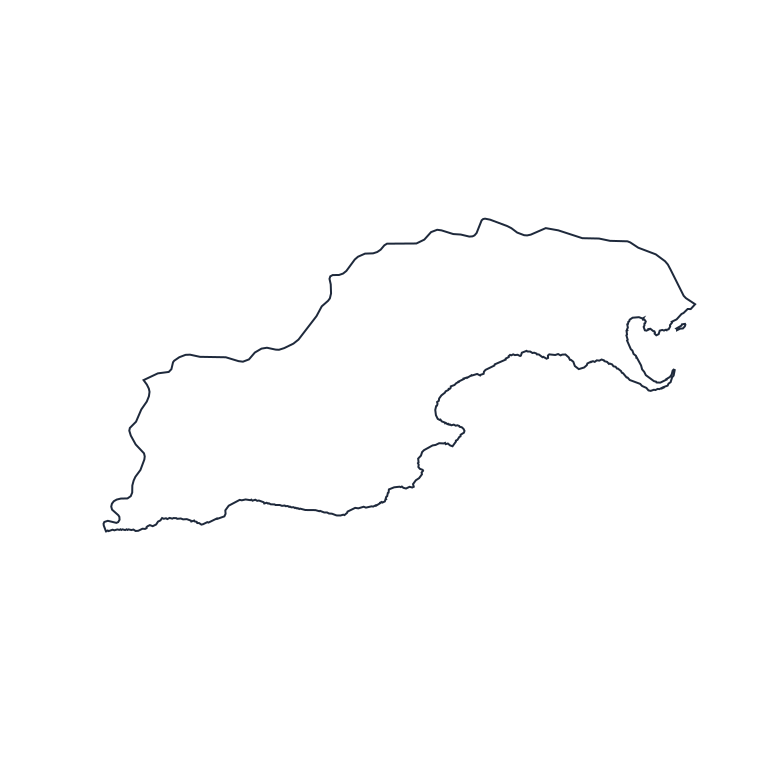 Miches, El Seybo, Dominican Republic (Mercator projection), rotated 154°
{"feature_id": "3306468B50398630049357", "entity_name": "Miches", "entity_type": "district", "adm_level": 2, "iso_a3": "DOM", "parent_name": "Dominican Republic", "parent_adm1": "El Seybo", "projection": "mercator", "projection_center": [-69.004, 18.966], "detail": "fine", "context": "isolated", "style": "outline", "palette": "slate", "viewbox_px": 768, "rotation_deg": 154, "n_neighbors": 0, "source": "geoboundaries", "source_scale": "gbopen_adm2", "svg_char_len": 6141}
<svg xmlns="http://www.w3.org/2000/svg" viewBox="0 0 768 768"><g transform="rotate(154 384 384)"><path d="M698.6,372.5L698.2,373.4L696.5,373.4L696.0,372.5L691.8,372.0L690.5,370.7L687.5,370.2L685.8,368.9L684.5,368.9L684.1,368.0L682.8,368.0L680.7,366.2L679.0,366.2L678.5,365.3L677.3,365.3L675.1,363.5L673.0,363.0L671.7,360.8L669.2,359.8L664.5,359.8L662.3,358.5L660.6,358.5L660.2,359.4L658.9,359.8L656.3,359.8L654.2,357.6L650.4,357.6L647.4,359.4L644.8,359.4L642.2,360.8L641.0,359.4L638.8,358.9L638.0,357.6L635.4,357.6L633.3,355.8L632.0,355.8L629.4,354.4L629.0,353.5L625.6,352.2L623.9,350.4L620.5,349.0L617.5,345.9L617.5,344.9L614.5,344.5L614.5,343.6L612.8,342.2L612.8,340.9L611.1,340.0L609.8,337.7L608.1,337.3L603.4,337.3L602.5,336.4L593.1,336.4L593.1,335.9L585.5,335.0L583.3,336.8L582.0,340.0L576.9,342.7L564.5,343.1L562.8,341.8L559.0,340.9L555.1,338.2L553.9,338.2L553.4,336.8L550.4,336.4L549.2,334.6L547.5,334.1L544.0,330.5L544.0,329.1L541.5,328.7L540.6,327.3L539.8,327.3L538.5,325.5L535.1,323.7L534.6,322.8L530.8,321.0L529.1,319.2L526.5,318.3L526.1,317.4L524.0,316.5L523.1,315.1L522.3,315.1L521.4,313.8L519.3,312.9L518.4,311.5L517.6,311.5L516.7,310.2L515.9,310.2L515.0,308.8L514.1,308.8L509.9,305.2L500.9,300.7L497.9,298.0L497.1,298.0L494.1,294.8L491.5,293.5L490.2,291.7L487.7,290.3L484.3,286.7L480.8,284.9L477.9,284.4L477.0,283.5L473.6,284.4L472.7,285.3L464.2,285.3L461.6,283.5L456.1,282.6L454.4,280.8L448.8,279.5L447.5,278.6L444.5,278.6L444.5,278.1L439.4,278.6L439.4,279.0L437.7,279.0L437.3,278.1L434.7,278.1L433.4,279.5L432.6,279.5L432.6,280.4L431.3,281.7L430.4,281.7L428.3,284.4L427.5,284.4L425.8,287.1L420.2,286.7L415.1,284.9L414.2,284.0L412.9,284.0L412.1,282.2L410.0,280.4L406.1,280.4L404.0,278.6L402.3,278.6L401.8,281.3L397.6,283.5L393.7,284.0L389.5,286.2L389.0,288.0L386.9,288.9L386.9,289.9L389.0,292.1L389.5,294.4L388.2,296.2L388.2,298.0L387.3,298.4L386.0,302.0L382.2,303.4L379.6,306.1L377.1,307.0L367.3,307.5L364.3,306.6L360.4,306.6L356.2,304.3L354.9,304.3L354.9,302.9L352.7,302.5L351.5,299.8L349.7,298.0L344.6,300.7L344.2,301.6L342.5,301.6L339.5,303.4L338.2,303.4L337.4,304.8L333.5,305.2L332.2,306.6L332.2,308.8L333.1,311.1L334.8,312.4L334.8,313.3L336.1,314.7L337.8,315.1L339.1,316.9L341.6,317.4L342.5,318.8L343.3,318.8L343.8,320.1L344.6,320.1L345.5,321.9L346.3,321.9L346.3,322.8L348.5,325.1L348.9,327.3L349.7,327.3L351.0,329.1L351.0,333.2L349.3,338.2L346.8,341.3L345.9,341.3L344.6,342.7L344.2,344.5L342.1,344.9L340.8,346.8L337.4,348.6L333.1,349.5L331.8,350.4L328.8,350.4L328.0,351.3L327.1,350.8L325.8,351.3L325.0,352.6L321.1,352.2L318.6,353.1L316.0,353.1L316.0,353.5L310.0,353.5L310.0,354.0L306.6,353.5L306.6,353.1L301.5,353.5L301.5,353.1L295.9,352.2L293.8,349.5L293.0,349.9L290.0,349.5L288.7,351.3L286.5,352.2L276.7,352.2L275.9,353.1L263.9,352.6L263.5,353.5L260.1,353.5L259.7,354.4L257.9,354.9L257.1,354.0L254.9,354.0L253.7,352.6L251.1,351.7L249.4,349.5L248.5,349.5L246.4,351.7L241.3,351.3L240.9,350.4L238.3,349.0L237.0,346.8L235.3,346.3L233.6,344.5L233.6,343.6L231.9,342.7L229.8,338.6L228.9,338.6L226.8,335.5L225.1,335.5L224.2,337.7L222.5,338.2L217.4,335.0L214.4,334.6L212.7,332.3L211.0,332.3L208.0,331.0L206.3,326.9L206.3,324.2L205.4,323.7L204.1,321.0L204.6,316.5L202.4,312.0L196.9,311.1L193.5,312.0L192.2,313.3L188.3,313.3L188.3,312.9L186.2,312.9L184.9,311.5L182.4,312.0L180.2,310.6L177.7,310.6L175.9,308.8L175.9,307.9L173.8,306.1L173.0,303.4L172.1,303.4L170.4,301.6L170.0,299.3L168.3,298.0L167.8,295.7L167.0,295.3L165.3,291.7L165.3,289.9L164.4,288.9L163.1,283.5L162.3,283.1L161.4,279.9L153.7,271.8L152.9,269.1L149.9,265.5L149.1,262.3L147.3,260.9L143.9,260.5L142.7,259.6L140.1,259.6L138.8,258.7L136.2,258.7L136.2,258.2L134.1,258.2L134.1,258.7L129.8,258.2L128.1,259.6L125.6,260.0L122.1,263.7L120.0,264.6L116.6,269.1L117.4,270.0L118.7,269.5L121.3,266.4L123.9,265.0L128.1,264.6L128.1,264.1L135.0,264.1L138.4,265.9L138.4,266.8L140.1,268.2L144.8,277.2L144.8,280.8L145.6,284.0L144.8,288.0L145.2,297.1L145.6,297.1L145.2,298.9L146.5,301.6L146.1,305.2L146.9,307.0L146.5,316.5L145.6,316.9L144.8,321.5L143.9,321.9L142.7,325.5L141.8,325.5L141.8,326.4L140.1,327.8L139.2,331.0L138.4,331.0L137.1,332.8L136.2,332.8L135.0,334.1L131.5,334.6L125.6,332.3L123.0,329.6L122.1,329.6L123.0,329.1L123.0,328.2L121.7,327.8L121.3,325.5L122.6,324.2L123.4,324.2L124.3,322.4L125.6,321.5L126.0,317.9L124.7,316.9L122.1,316.9L122.1,317.4L120.4,316.9L118.7,313.3L117.9,312.9L117.9,311.5L118.7,310.6L117.9,308.4L115.3,308.4L112.8,311.1L110.2,310.6L108.9,309.3L107.2,309.3L106.4,308.4L105.9,308.8L104.2,308.4L101.6,310.2L101.2,311.5L98.2,312.9L98.2,313.8L92.7,313.8L85.9,316.5L83.7,316.5L78.2,318.3L75.5,316.9L69.4,319.3L75.0,328.8L76.0,331.9L76.3,361.2L76.5,367.0L77.6,371.2L82.9,381.4L95.7,395.0L100.6,403.3L102.6,405.5L118.1,413.6L127.0,420.5L141.8,428.1L160.0,445.7L170.3,453.2L186.6,453.9L190.2,454.8L192.8,456.3L197.9,461.7L201.2,468.2L203.9,471.8L216.6,485.2L220.7,488.3L222.6,488.8L224.5,488.3L234.6,479.1L237.5,477.9L239.7,477.9L242.7,479.1L249.5,484.7L256.0,488.4L265.0,496.9L268.6,499.3L275.1,499.9L284.5,496.1L293.3,496.1L319.8,508.8L322.9,508.5L328.1,506.2L332.2,505.6L336.5,506.2L343.9,509.5L351.6,509.8L355.7,508.7L368.3,502.1L372.4,501.2L376.6,501.7L382.4,504.4L385.1,504.3L386.9,502.4L388.2,496.9L391.9,488.6L395.1,484.7L397.8,483.3L405.9,481.1L414.9,474.6L441.4,461.4L447.7,460.0L457.9,460.0L463.4,460.8L466.3,462.4L473.3,467.9L478.6,469.5L486.3,468.9L494.6,465.3L501.0,465.9L504.7,468.3L514.5,477.4L537.5,489.1L545.5,495.4L549.6,497.2L556.2,497.8L562.4,496.9L564.1,496.0L568.6,490.5L572.2,489.2L582.6,492.7L598.4,492.9L597.4,487.4L597.4,482.9L598.2,479.7L600.7,476.0L604.9,472.2L613.3,467.5L623.4,458.8L631.7,455.9L633.4,453.7L634.2,448.6L633.7,438.5L630.1,426.9L630.8,423.8L632.5,421.2L640.6,413.5L648.1,409.6L651.3,407.0L654.7,403.1L657.9,396.8L660.8,394.2L664.7,393.6L670.8,396.4L674.9,397.3L678.2,397.1L681.0,395.7L682.9,393.4L683.5,390.3L680.3,382.5L680.1,380.6L681.2,377.9L683.5,376.4L685.4,376.5L692.2,382.1L695.8,382.6L697.3,381.4L697.9,379.7L698.6,372.5ZM91.0,302.9L88.4,303.9L87.1,305.2L87.1,306.1L90.1,307.0L91.0,306.1L97.0,305.7L96.5,304.8L97.0,303.9L93.5,303.9L91.0,302.9Z" fill="none" stroke="#1e293b" stroke-width="2"/></g></svg>